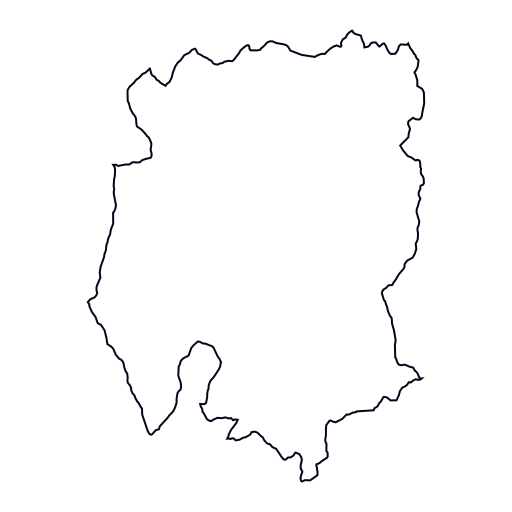 the district of Yarowilca, Huánuco, Peru
{"feature_id": "86281439B41621224509593", "entity_name": "Yarowilca", "entity_type": "district", "adm_level": 2, "iso_a3": "PER", "parent_name": "Peru", "parent_adm1": "Huánuco", "projection": "equal_earth", "projection_center": [-76.6, -9.812], "detail": "fine", "context": "isolated", "style": "outline", "palette": "ink", "viewbox_px": 512, "rotation_deg": 0, "n_neighbors": 0, "source": "geoboundaries", "source_scale": "gbopen_adm2", "svg_char_len": 5978}
<svg xmlns="http://www.w3.org/2000/svg" viewBox="0 0 512 512"><path d="M131.1,387.9L131.2,390.2L132.3,392.9L134.7,395.8L134.8,397.0L137.4,401.8L138.4,402.7L141.1,407.5L142.0,408.5L142.2,414.6L147.8,431.2L149.6,434.1L151.1,434.7L152.1,434.3L155.8,430.2L159.0,429.2L159.7,426.4L167.6,417.8L169.6,415.0L171.9,412.8L173.6,410.7L175.3,406.9L176.6,402.5L176.6,398.5L177.4,393.5L178.4,391.6L180.6,389.4L181.1,386.8L180.6,382.1L178.5,376.5L178.3,374.8L178.7,366.7L179.8,364.4L180.9,360.8L183.3,358.3L188.5,355.7L191.3,348.0L193.8,345.0L197.9,341.5L199.6,341.7L203.1,343.5L204.9,343.5L212.2,346.3L213.5,347.6L217.7,356.5L219.4,358.7L221.1,362.3L220.6,363.2L220.3,366.1L218.8,369.4L213.3,377.8L210.8,380.3L209.5,382.8L208.6,386.2L208.5,388.7L207.7,390.8L207.2,394.2L207.2,396.8L206.3,402.0L205.6,403.5L204.2,404.1L200.2,404.0L200.7,406.3L202.1,408.7L202.5,411.6L204.2,414.0L207.0,419.3L210.3,421.1L211.6,420.9L213.3,419.6L217.6,417.8L221.6,418.2L225.3,417.4L229.0,418.5L230.9,418.0L233.1,420.2L235.2,419.4L237.7,419.8L236.2,423.2L231.2,429.6L229.0,434.0L228.2,436.7L227.2,438.7L229.1,438.6L230.5,439.0L232.1,438.3L233.6,438.4L235.7,440.4L239.6,439.7L243.4,437.6L245.6,437.2L249.4,435.1L250.4,434.4L251.4,432.2L254.8,431.6L257.6,432.7L261.3,436.4L262.7,437.3L264.4,440.5L267.2,443.5L269.9,444.2L272.5,447.2L276.1,448.8L282.0,457.5L283.7,459.4L284.9,459.7L286.1,459.4L287.8,457.6L290.7,457.3L292.7,456.1L293.7,455.1L295.2,452.7L296.0,452.7L299.4,454.2L301.4,457.5L301.9,460.0L300.7,465.0L300.7,468.7L302.3,471.3L302.2,472.4L301.0,475.6L300.5,478.3L301.1,480.8L301.6,481.3L302.6,481.3L305.2,480.1L310.1,480.4L317.4,475.2L317.6,473.0L316.8,467.1L316.3,465.5L316.4,464.3L319.2,463.3L321.7,461.2L327.0,457.7L327.7,456.6L327.6,452.6L326.3,450.8L326.5,443.9L325.6,442.1L325.2,439.9L325.9,435.6L326.0,427.7L326.3,425.1L329.4,420.8L330.7,420.5L332.6,421.5L335.6,422.3L342.3,418.9L346.6,414.5L348.8,414.6L352.8,412.6L356.1,412.1L356.6,411.4L373.7,410.3L374.4,408.3L377.2,406.6L378.2,405.3L378.8,403.6L380.9,401.5L383.4,397.1L384.0,396.8L387.1,397.5L390.5,400.4L396.3,400.3L396.8,399.8L398.8,395.3L400.0,391.0L402.3,387.6L404.7,386.6L407.1,384.9L408.8,382.2L410.7,382.5L413.0,380.6L415.7,379.3L418.6,379.9L420.8,379.3L421.7,378.5L420.9,378.6L419.3,377.6L417.5,373.4L416.5,371.9L415.1,371.0L413.1,367.6L409.6,366.7L405.2,364.8L403.7,364.7L401.5,365.3L398.7,364.6L397.1,362.0L396.1,358.7L395.3,357.6L395.2,355.9L394.9,345.4L395.5,341.6L395.5,339.3L393.9,330.0L392.1,323.9L391.7,318.3L389.7,315.3L387.8,310.6L387.1,307.0L386.0,304.4L385.1,301.1L383.9,300.0L381.9,293.4L382.3,291.3L383.5,289.5L386.0,288.0L388.6,285.3L392.3,285.0L393.3,282.9L395.9,279.3L398.9,274.2L403.7,268.6L404.5,266.9L404.5,264.7L405.1,263.3L407.2,260.6L412.7,257.6L414.8,253.7L416.3,249.0L415.7,243.6L417.0,241.2L417.8,238.7L418.0,233.0L417.5,230.6L417.5,227.9L418.6,225.4L419.2,222.6L419.2,221.0L416.5,212.1L416.9,208.4L417.6,207.1L419.0,201.8L420.4,198.8L418.7,195.0L418.6,193.2L419.1,191.2L420.3,189.0L420.4,186.1L421.0,185.5L422.9,184.8L423.9,183.3L423.7,178.5L422.5,175.9L421.2,174.2L421.0,173.1L420.7,171.6L421.1,168.6L420.3,167.1L420.3,164.3L419.8,161.3L419.4,160.5L417.2,159.8L416.1,160.4L415.3,160.3L411.2,157.4L407.7,156.0L403.0,150.3L400.2,145.5L408.4,137.2L408.7,133.5L409.9,129.5L409.8,128.1L408.0,124.0L408.4,121.4L412.8,117.9L413.4,117.9L415.1,119.1L419.0,119.6L420.5,118.6L421.8,116.2L422.3,112.7L424.2,103.4L423.9,92.5L422.2,88.9L417.3,86.0L417.3,80.3L415.4,74.1L414.4,72.4L415.8,70.6L417.3,67.9L417.8,66.2L418.5,60.4L418.2,59.7L417.3,59.1L416.3,57.7L415.3,55.0L414.1,53.9L412.3,50.7L410.1,47.9L408.2,43.4L407.0,44.8L400.9,44.4L399.6,45.5L398.8,46.6L398.0,49.6L395.7,53.2L395.1,53.8L390.8,53.9L389.4,52.8L387.6,50.0L385.4,45.1L384.0,43.4L382.7,43.7L379.7,46.5L379.0,46.4L375.7,42.4L372.1,42.6L370.8,43.4L369.3,45.7L367.9,46.7L364.4,47.4L363.8,43.3L362.6,41.1L361.5,38.1L361.1,36.1L360.7,35.5L355.3,34.0L353.3,32.6L352.3,30.7L352.0,30.7L349.3,32.4L347.3,34.4L345.6,37.7L343.0,39.2L342.6,39.7L341.0,42.9L341.4,45.9L341.0,46.6L339.7,46.7L336.8,45.4L333.4,46.6L330.0,48.9L326.5,52.1L325.2,53.8L321.4,53.9L317.6,55.3L314.8,56.9L301.7,54.9L290.4,50.6L288.0,46.6L286.3,45.2L284.0,44.4L276.3,43.0L272.4,41.3L270.1,41.3L268.2,41.9L266.6,43.0L264.4,45.6L260.7,48.8L260.4,49.7L257.0,50.4L250.4,50.3L249.5,48.8L249.3,46.7L248.7,45.4L248.0,45.1L246.4,45.7L243.7,47.5L240.6,50.4L239.0,53.2L233.3,60.5L231.6,61.2L228.3,60.8L224.2,61.8L222.7,63.0L219.9,63.5L217.8,64.6L214.5,64.1L212.9,62.9L211.4,60.7L209.3,59.8L207.1,58.1L202.7,56.2L201.8,55.3L198.5,53.8L197.6,53.0L195.7,49.4L195.0,48.7L192.2,49.7L188.6,53.3L186.9,53.8L184.2,55.3L180.3,60.6L177.9,62.5L175.4,66.2L173.0,72.2L171.6,77.7L169.6,81.8L166.7,84.1L165.6,85.8L160.4,82.8L158.9,81.0L156.6,79.7L155.0,77.1L152.3,75.3L151.3,73.8L149.7,67.8L149.6,68.7L147.3,71.0L145.7,72.5L142.5,74.0L139.2,77.7L136.4,79.6L133.6,83.1L129.7,86.6L128.0,89.3L127.5,91.0L127.7,100.9L129.0,103.6L130.1,108.2L132.8,113.4L134.0,114.7L135.6,117.3L136.0,118.7L136.5,124.8L137.2,126.7L141.2,129.3L144.8,133.1L147.2,136.2L148.9,137.7L150.4,140.8L151.4,143.9L150.6,150.0L151.5,153.1L151.6,155.6L151.1,157.2L150.3,157.9L146.1,158.8L142.1,160.2L140.1,162.0L139.0,162.4L135.5,162.5L134.2,162.1L132.1,162.5L129.3,164.5L125.4,164.5L118.9,165.8L117.5,165.7L116.2,164.8L113.2,164.8L114.7,167.2L115.1,169.9L114.7,176.9L114.2,178.4L113.8,183.1L113.7,186.3L114.2,189.4L113.8,191.2L113.8,194.0L116.0,205.3L115.3,208.8L114.0,211.8L113.1,212.6L113.2,223.7L110.8,229.7L110.1,234.3L108.0,239.1L107.5,242.3L106.4,245.1L105.9,250.3L104.5,253.9L104.1,256.9L100.6,266.8L99.7,272.5L100.4,277.7L97.0,285.5L96.5,287.5L96.5,290.1L97.2,293.3L96.2,295.5L94.4,297.5L90.4,299.2L87.8,302.1L89.3,304.3L89.3,306.1L91.9,312.0L95.5,316.9L97.7,323.1L101.0,324.9L104.6,330.4L106.4,337.8L107.4,344.1L111.4,346.8L113.1,348.5L115.8,354.7L119.0,358.6L121.0,359.6L122.8,361.6L123.5,363.0L124.3,367.5L125.5,371.0L127.2,373.5L127.7,377.9L127.4,380.5L127.9,382.9L129.6,384.9L131.1,387.9Z" fill="none" stroke="#020617" stroke-width="2"/></svg>